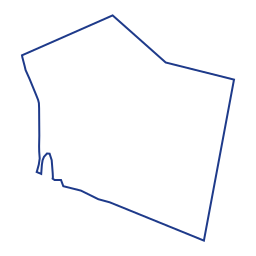 Rois, Palau (Robinson projection)
{"feature_id": "81905179B53206837764533", "entity_name": "Rois", "entity_type": "district", "adm_level": 2, "iso_a3": "PLW", "parent_name": "Palau", "parent_adm1": "", "projection": "robinson", "projection_center": [134.13, 6.908], "detail": "fine", "context": "isolated", "style": "outline", "palette": "blue", "viewbox_px": 256, "rotation_deg": 0, "n_neighbors": 0, "source": "geoboundaries", "source_scale": "gbopen_adm2", "svg_char_len": 529}
<svg xmlns="http://www.w3.org/2000/svg" viewBox="0 0 256 256"><path d="M165.7,62.5L112.6,15.4L22.0,55.3L22.4,57.5L24.6,65.9L25.6,70.1L29.5,78.8L36.2,95.1L38.1,99.9L38.9,103.1L39.1,108.3L39.3,135.9L39.1,146.2L39.2,151.6L39.7,158.5L38.8,164.5L37.3,170.0L36.7,172.0L41.2,173.9L41.9,164.6L42.6,160.2L44.0,156.8L47.0,153.5L49.6,153.7L51.7,160.2L52.7,173.1L52.9,177.3L52.6,178.6L54.6,180.0L61.0,180.0L63.3,186.2L80.9,190.6L98.3,199.2L109.7,202.3L203.9,240.6L234.0,79.6L165.7,62.5Z" fill="none" stroke="#1e3a8a" stroke-width="2"/></svg>